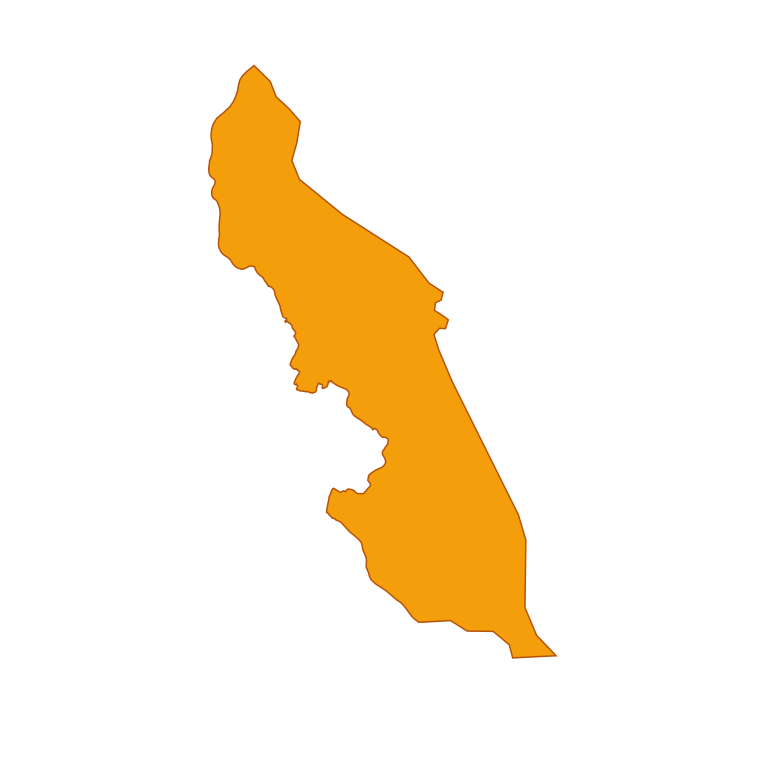 outline of Ouango, Mbomou, Central African Republic, rotated 130°
{"feature_id": "33826404B65142748169152", "entity_name": "Ouango", "entity_type": "district", "adm_level": 2, "iso_a3": "CAF", "parent_name": "Central African Republic", "parent_adm1": "Mbomou", "projection": "robinson", "projection_center": [22.589, 4.437], "detail": "fine", "context": "isolated", "style": "filled", "palette": "amber", "viewbox_px": 768, "rotation_deg": 130, "n_neighbors": 0, "source": "geoboundaries", "source_scale": "gbopen_adm2", "svg_char_len": 5579}
<svg xmlns="http://www.w3.org/2000/svg" viewBox="0 0 768 768"><g transform="rotate(130 384 384)"><path d="M481.6,77.5L480.2,89.3L478.5,105.5L464.7,132.3L412.4,175.0L397.8,197.0L338.5,333.0L322.5,364.3L314.0,377.6L305.6,377.3L302.2,372.5L293.5,376.0L294.1,385.0L295.2,392.6L288.7,396.8L283.1,394.2L275.8,397.7L277.8,414.3L270.7,446.5L280.8,524.7L281.6,580.4L272.0,598.3L255.3,605.8L236.8,616.8L234.2,633.7L233.3,651.1L225.4,665.6L223.6,688.3L232.7,690.0L239.2,690.5L244.0,689.8L248.8,687.4L253.5,684.7L258.0,682.8L264.1,681.0L270.4,680.3L278.5,681.2L282.3,681.9L288.2,682.9L294.7,681.9L299.4,679.9L304.3,676.8L307.4,673.8L309.3,671.2L311.1,669.2L314.1,666.8L317.8,664.0L320.6,662.7L322.4,662.0L324.1,661.5L325.1,661.1L328.0,659.0L330.6,657.5L332.0,656.5L333.4,655.1L334.9,653.4L335.9,651.8L336.4,650.1L336.4,648.7L336.3,647.4L336.3,646.1L336.6,644.5L337.4,643.5L339.2,642.4L341.2,641.7L342.8,641.5L344.1,641.3L345.6,640.6L347.8,639.3L349.5,637.8L350.6,636.2L351.2,634.7L351.3,633.2L351.1,631.7L351.2,630.5L351.6,628.9L353.1,626.0L354.9,623.1L357.3,620.4L360.1,618.1L362.8,616.3L368.9,611.9L372.2,609.1L374.4,606.9L376.1,605.5L377.4,604.7L378.9,603.9L380.1,603.0L382.1,601.6L384.1,599.9L385.8,597.7L387.0,595.4L387.9,592.2L388.1,589.4L387.6,586.5L387.5,583.8L387.8,580.8L389.2,577.0L389.5,573.4L389.3,570.9L388.0,567.4L386.4,565.7L384.5,564.7L382.4,563.6L380.2,562.8L379.0,561.6L378.2,560.4L377.4,558.1L379.0,556.0L379.8,553.6L380.3,552.3L380.4,550.7L380.4,548.8L380.2,546.6L380.7,543.8L381.4,542.4L381.7,541.3L382.3,538.6L383.5,535.5L382.4,533.6L382.3,531.2L382.6,528.7L384.2,526.6L385.9,524.5L387.9,520.6L389.5,517.0L391.3,513.5L393.2,511.3L395.4,508.0L396.2,506.6L396.9,505.7L397.4,504.7L397.3,503.2L397.0,502.4L396.7,501.3L396.6,500.5L397.0,500.3L398.4,500.1L398.8,500.0L399.2,500.3L399.5,500.3L400.0,499.0L399.0,498.8L398.1,498.5L397.9,498.1L398.4,497.0L398.5,496.4L398.1,495.8L397.7,495.4L397.8,495.0L398.3,493.9L398.4,492.7L398.6,491.7L399.8,490.6L400.3,489.1L400.5,487.3L401.0,486.1L401.6,484.7L402.1,484.1L403.5,483.8L405.1,483.8L405.4,483.5L405.6,483.2L405.6,482.8L405.6,481.8L406.2,480.4L407.1,478.7L407.4,478.0L407.5,477.0L408.2,475.8L409.0,474.5L410.3,473.6L411.8,473.0L412.8,472.9L413.2,472.6L413.8,472.7L414.5,472.6L415.2,472.6L415.7,472.3L416.5,472.0L417.9,471.3L419.3,470.9L420.0,471.1L421.2,471.0L422.3,470.6L423.4,470.6L424.2,470.4L426.3,469.7L427.1,469.3L427.4,469.1L428.7,468.9L429.8,468.0L429.9,466.1L430.5,464.4L430.5,463.9L430.2,461.9L429.8,461.6L429.1,461.4L429.0,460.8L428.6,460.2L429.2,459.0L428.8,458.4L428.6,457.8L428.7,456.9L428.9,456.5L429.2,456.3L429.8,456.2L430.9,455.8L432.8,455.7L434.6,455.2L436.1,455.0L437.3,454.8L438.7,454.2L439.9,453.9L440.9,453.5L441.6,452.9L441.8,452.2L441.6,451.7L441.2,451.4L440.4,451.2L440.8,450.6L440.9,450.2L440.8,449.6L440.8,449.1L441.1,448.8L442.6,448.2L444.1,447.8L444.4,447.4L443.8,445.9L443.5,444.4L442.4,442.7L441.1,440.8L440.1,438.7L439.1,437.9L438.9,437.3L438.2,435.8L438.0,434.7L436.7,432.8L435.7,432.2L434.6,431.7L434.2,431.4L432.9,431.6L432.1,431.8L431.2,432.5L430.0,433.1L429.3,433.7L427.9,433.9L426.1,434.5L425.4,434.6L425.1,434.2L425.3,433.2L425.0,432.7L424.3,431.9L424.3,431.3L424.5,430.8L424.7,430.4L425.8,429.4L426.4,429.0L426.8,428.6L426.7,428.3L426.1,427.4L425.4,427.1L425.1,427.3L424.7,427.1L424.3,426.6L423.8,426.4L422.8,426.1L422.3,426.0L421.2,426.5L420.1,426.8L418.9,427.5L418.5,427.6L417.4,428.2L417.2,427.8L417.0,426.9L416.3,426.9L415.7,427.0L415.4,426.6L415.8,425.4L415.7,422.5L415.6,421.5L415.0,417.7L412.7,410.6L412.3,410.1L412.5,407.4L413.0,405.6L414.0,404.4L415.5,403.5L419.3,402.6L422.6,400.2L423.9,399.1L424.5,398.2L424.7,397.2L424.6,396.3L424.5,395.3L424.5,394.3L425.2,392.4L426.5,389.9L427.2,388.2L427.4,386.9L427.4,385.3L427.2,383.1L426.6,378.6L426.4,374.9L426.4,371.5L425.9,369.4L425.7,366.7L425.5,366.0L425.6,365.4L425.9,364.2L426.3,363.5L426.3,363.1L425.7,362.9L424.9,363.0L424.0,362.8L424.0,361.3L423.8,360.6L423.7,359.9L424.7,357.4L425.2,356.3L425.5,355.1L425.7,353.4L425.9,351.8L425.8,351.0L425.0,349.9L424.1,348.9L423.7,347.9L423.6,345.7L424.5,344.6L427.0,342.9L429.8,342.4L432.0,342.3L433.8,341.9L435.4,341.9L437.3,341.5L438.4,340.3L439.2,339.2L440.5,335.5L441.5,333.8L443.1,332.3L444.8,331.8L447.3,331.7L449.6,332.2L452.2,333.5L454.4,334.7L456.3,335.3L458.6,336.0L460.0,336.4L462.1,336.9L464.2,336.9L465.5,336.0L468.1,334.6L468.7,332.8L469.0,330.5L470.7,329.0L474.6,329.2L477.9,329.1L481.2,329.3L485.2,334.1L485.1,336.5L485.0,338.9L486.0,341.4L487.2,343.7L488.6,344.4L490.3,344.4L490.9,344.1L491.3,344.3L491.6,345.6L491.9,346.5L493.0,346.9L494.4,347.4L495.0,347.9L495.5,349.2L495.6,350.9L496.2,355.5L497.3,356.0L500.0,355.5L502.1,354.4L504.0,354.0L506.5,353.1L508.4,351.8L511.3,350.3L511.8,350.0L517.8,346.6L519.3,345.4L519.0,343.4L519.4,341.9L519.7,340.5L519.7,338.7L520.0,337.3L519.2,336.0L518.8,335.3L519.1,333.8L518.3,330.9L517.8,329.4L517.6,327.8L518.2,323.6L519.1,317.1L519.3,313.6L519.2,310.8L519.2,306.4L519.3,303.9L519.6,301.5L520.0,300.0L520.5,298.7L524.2,294.1L525.4,292.2L526.2,290.4L527.0,288.6L528.2,286.6L529.1,285.4L530.6,283.9L532.5,282.4L534.6,280.9L535.6,280.0L536.2,279.1L537.4,276.8L538.9,274.0L540.8,271.4L541.4,270.2L541.9,268.9L542.2,267.4L542.3,266.0L542.5,263.7L542.5,262.3L542.4,260.4L542.1,258.4L541.6,254.8L541.3,251.7L541.0,248.3L541.0,244.9L541.1,241.8L541.2,239.0L541.2,235.4L540.7,231.3L540.9,227.5L541.8,222.9L542.9,218.5L543.9,214.4L544.2,213.0L544.4,211.5L544.4,209.4L544.3,207.2L544.2,204.1L522.5,181.0L519.8,161.5L503.3,141.3L503.3,120.3L511.1,109.4L484.5,80.7L481.6,77.5Z" fill="#f59e0b" stroke="#b45309" stroke-width="1.5"/></g></svg>